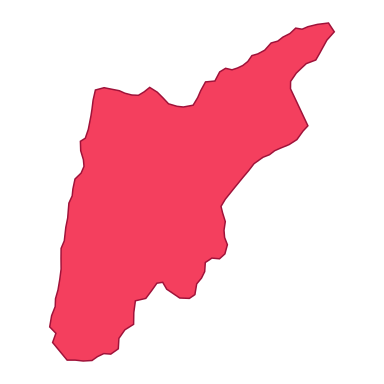 Areal, Rio de Janeiro, Brazil (Natural Earth projection)
{"feature_id": "56859067B22984730700411", "entity_name": "Areal", "entity_type": "district", "adm_level": 2, "iso_a3": "BRA", "parent_name": "Brazil", "parent_adm1": "Rio de Janeiro", "projection": "natural_earth1", "projection_center": [-43.115, -22.237], "detail": "fine", "context": "isolated", "style": "filled", "palette": "rose", "viewbox_px": 384, "rotation_deg": 0, "n_neighbors": 0, "source": "geoboundaries", "source_scale": "gbopen_adm2", "svg_char_len": 1565}
<svg xmlns="http://www.w3.org/2000/svg" viewBox="0 0 384 384"><path d="M307.9,125.8L290.5,88.8L290.6,81.4L296.3,73.1L301.7,67.9L306.3,63.6L315.8,60.0L319.7,53.2L322.7,47.7L326.9,40.1L334.3,31.8L328.5,23.0L317.3,24.4L307.9,26.7L302.1,29.2L295.7,28.1L290.0,33.5L282.9,37.1L277.8,41.1L271.1,43.0L264.7,50.2L257.8,53.9L251.9,55.6L247.8,61.5L242.8,65.5L237.5,68.0L232.0,69.8L225.6,68.3L219.7,71.9L214.9,81.0L205.5,81.9L200.7,90.7L197.7,97.6L193.1,105.2L183.4,107.0L177.0,106.3L168.5,103.8L163.1,98.0L157.3,92.2L149.7,87.4L144.2,91.8L138.4,95.3L131.8,95.0L124.8,93.2L119.3,90.7L112.1,89.3L104.1,87.7L95.4,90.0L93.1,100.1L92.0,109.1L91.0,115.6L89.6,122.8L88.3,129.4L85.3,138.2L80.4,141.3L80.7,150.7L83.4,159.7L84.0,166.4L81.1,173.1L75.0,179.0L72.9,189.0L72.2,195.9L68.9,203.1L68.3,210.3L67.7,217.9L65.8,227.4L64.3,240.8L61.1,248.4L61.0,258.2L61.1,269.1L59.8,279.2L58.0,289.9L55.5,298.7L55.2,306.6L51.6,315.7L49.7,326.9L55.9,333.3L52.6,342.5L67.1,360.1L75.1,360.1L83.2,361.0L92.0,360.5L97.5,356.6L103.8,353.6L110.8,354.1L118.3,348.8L118.9,338.4L124.9,329.8L133.6,324.3L133.8,312.5L135.4,300.8L145.8,298.4L151.8,290.4L156.9,283.2L162.7,282.3L166.7,289.2L172.2,292.9L179.7,298.0L189.4,298.4L194.9,294.6L196.7,283.9L201.5,278.1L204.7,271.6L205.3,262.5L211.9,258.1L219.5,258.8L224.9,253.9L227.4,244.7L224.6,237.5L224.0,230.3L225.3,221.6L222.6,212.9L221.0,206.4L225.3,199.2L234.6,187.6L243.1,177.2L248.6,170.7L254.0,163.7L262.9,157.3L269.5,154.7L274.7,150.7L280.3,148.2L289.1,144.6L296.9,139.6L303.0,131.1L307.9,125.8Z" fill="#f43f5e" stroke="#9f1239" stroke-width="1.5"/></svg>